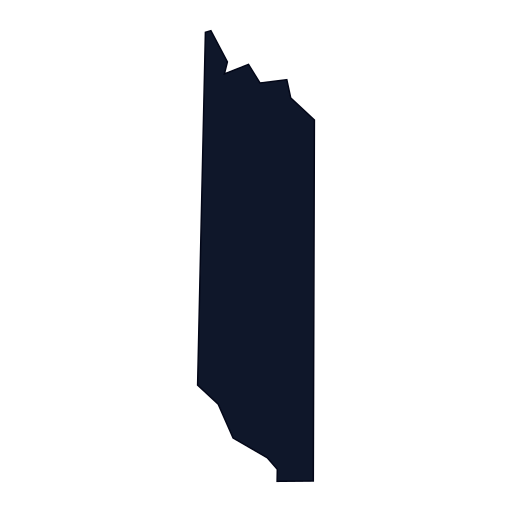 the district of Morris, Texas, United States of America
{"feature_id": "52423323B98583115824614", "entity_name": "Morris", "entity_type": "district", "adm_level": 2, "iso_a3": "USA", "parent_name": "United States of America", "parent_adm1": "Texas", "projection": "equal_earth", "projection_center": [-94.745, 33.122], "detail": "fine", "context": "isolated", "style": "filled", "palette": "ink", "viewbox_px": 512, "rotation_deg": 0, "n_neighbors": 0, "source": "geoboundaries", "source_scale": "gbopen_adm2", "svg_char_len": 328}
<svg xmlns="http://www.w3.org/2000/svg" viewBox="0 0 512 512"><path d="M197.6,385.1L218.2,404.2L233.1,438.0L267.3,457.8L277.3,469.3L277.1,481.3L313.3,481.0L314.4,120.0L290.7,97.9L286.8,79.7L260.0,83.0L248.5,64.4L224.4,73.9L227.4,61.9L210.9,30.7L205.4,32.3L197.6,385.1Z" fill="#0f172a" stroke="#020617" stroke-width="1.5"/></svg>